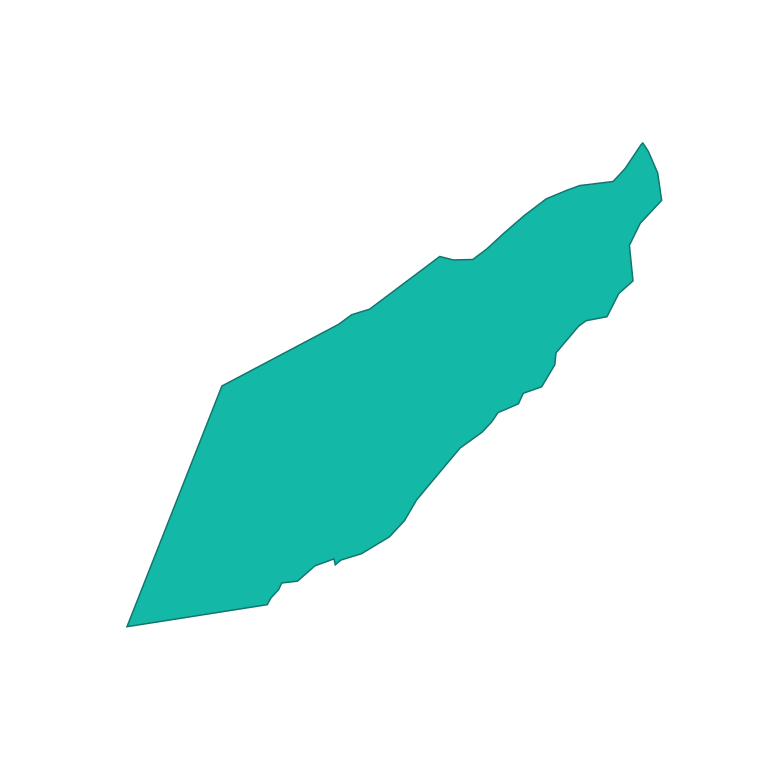 the district of Colombette, Soufrière, Saint Lucia, rotated 133°
{"feature_id": "8701671B5497256844946", "entity_name": "Colombette", "entity_type": "district", "adm_level": 2, "iso_a3": "LCA", "parent_name": "Saint Lucia", "parent_adm1": "Soufrière", "projection": "robinson", "projection_center": [-61.052, 13.868], "detail": "fine", "context": "isolated", "style": "filled", "palette": "teal", "viewbox_px": 768, "rotation_deg": 133, "n_neighbors": 0, "source": "geoboundaries", "source_scale": "gbopen_adm2", "svg_char_len": 893}
<svg xmlns="http://www.w3.org/2000/svg" viewBox="0 0 768 768"><g transform="rotate(133 384 384)"><path d="M549.5,296.3L542.3,295.5L523.4,284.7L492.0,275.8L470.1,275.8L446.5,281.1L413.5,282.9L379.0,284.7L352.3,279.4L338.2,279.4L327.2,281.1L306.8,272.2L295.8,275.8L278.5,266.8L253.4,272.2L244.0,279.4L209.4,281.1L200.0,279.4L187.2,270.1L182.7,266.8L157.6,274.0L138.8,272.2L115.2,299.1L91.7,306.2L60.3,306.2L43.0,327.8L33.6,349.3L32.0,355.8L31.2,359.1L32.9,359.2L33.8,359.2L62.2,354.6L79.7,354.6L105.4,376.2L117.6,382.4L137.8,391.6L164.9,396.3L193.3,399.3L214.9,400.9L232.4,404.0L246.0,417.9L252.7,430.2L339.2,445.6L346.1,449.6L355.4,454.9L364.5,456.6L370.8,457.8L371.6,458.0L494.9,500.8L496.0,501.2L735.9,406.8L736.8,406.5L736.2,406.0L625.0,318.9L617.4,320.8L606.3,320.8L599.3,323.1L587.2,312.8L564.1,310.5L546.0,301.3L549.5,296.3Z" fill="#14b8a6" stroke="#0f766e" stroke-width="1.5"/></g></svg>